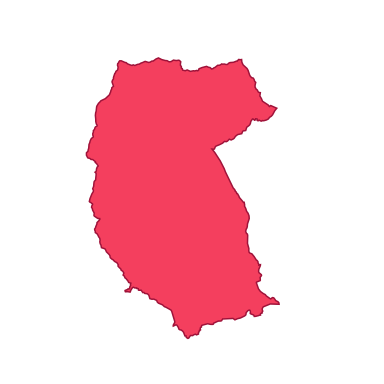 Sarulesti, Buzau, Romania (Mercator projection), rotated 197°
{"feature_id": "2599482B39885931809271", "entity_name": "Sarulesti", "entity_type": "district", "adm_level": 2, "iso_a3": "ROU", "parent_name": "Romania", "parent_adm1": "Buzau", "projection": "mercator", "projection_center": [26.772, 45.488], "detail": "fine", "context": "isolated", "style": "filled", "palette": "rose", "viewbox_px": 384, "rotation_deg": 197, "n_neighbors": 0, "source": "geoboundaries", "source_scale": "gbopen_adm2", "svg_char_len": 5995}
<svg xmlns="http://www.w3.org/2000/svg" viewBox="0 0 384 384"><g transform="rotate(197 192 192)"><path d="M300.7,273.9L298.0,270.2L299.2,268.2L298.9,267.0L299.2,265.5L299.1,263.4L299.3,262.6L299.3,261.4L299.5,260.6L302.2,255.9L305.8,252.6L306.7,250.5L307.3,249.6L308.1,246.4L308.1,245.5L307.3,241.3L307.3,239.6L306.8,237.0L305.4,233.6L304.6,231.2L303.4,229.1L302.3,228.2L302.1,227.6L302.3,227.0L303.3,226.1L303.5,225.6L303.6,224.6L303.5,223.7L304.3,221.6L303.8,220.6L304.0,219.1L303.8,218.3L303.4,217.2L302.9,216.8L302.5,215.8L303.9,213.7L304.3,211.3L304.2,209.2L304.4,207.4L303.6,203.8L303.6,201.8L303.4,200.6L304.4,198.6L303.7,196.3L301.7,194.2L299.3,194.2L298.1,193.6L296.4,194.0L293.2,192.7L293.2,192.0L291.6,191.3L289.3,189.5L289.3,189.3L290.1,187.8L289.9,187.1L290.1,186.3L289.7,184.3L289.9,183.3L290.5,182.6L289.3,181.9L289.1,181.6L288.7,180.2L287.7,175.3L288.5,173.8L288.6,173.0L288.0,169.9L287.7,168.9L287.9,166.0L286.8,164.9L286.5,163.6L287.2,160.8L287.6,155.9L287.4,152.9L286.8,152.5L285.5,152.3L284.0,151.5L283.8,151.6L283.5,151.3L283.4,150.8L283.8,149.2L283.5,147.8L282.5,147.1L281.8,145.7L279.4,143.3L278.9,140.9L278.4,140.4L274.5,139.2L272.5,139.6L272.5,138.9L272.2,138.8L272.6,137.5L273.9,135.0L273.6,133.5L273.9,130.6L273.8,129.6L274.3,128.1L273.8,127.0L273.1,126.3L272.6,124.9L270.6,124.3L269.1,123.0L268.2,121.9L266.7,120.8L265.8,119.0L265.7,117.8L265.3,116.8L264.6,115.6L263.6,114.7L262.3,112.3L258.7,112.2L257.5,111.2L256.4,109.8L252.8,107.9L251.7,106.9L251.4,105.9L250.8,105.2L248.8,104.3L247.6,104.1L245.8,103.0L243.1,102.4L241.2,100.8L241.2,99.8L240.8,99.2L237.5,97.5L236.9,96.5L235.1,96.0L233.8,94.9L233.5,94.5L233.6,92.4L232.0,91.7L231.0,90.3L229.7,89.9L228.6,89.0L227.9,88.8L226.1,87.0L223.8,86.9L223.9,85.8L223.4,85.0L223.7,83.0L223.6,81.4L223.9,80.9L224.7,80.7L225.1,80.3L225.1,80.0L227.2,78.3L227.2,77.9L226.5,77.1L224.3,77.9L221.9,78.2L221.8,78.7L221.8,80.0L221.0,83.0L220.7,83.4L220.1,83.8L218.4,83.5L217.3,84.1L216.6,83.6L216.2,83.9L215.1,83.8L214.7,82.7L214.2,82.5L211.9,83.2L209.6,81.4L208.6,81.9L207.6,81.2L204.8,81.6L203.1,80.7L201.1,77.7L199.2,77.7L197.2,78.4L194.1,78.0L193.0,76.6L191.6,75.9L187.3,75.5L184.9,74.3L183.2,74.2L177.7,73.0L176.6,72.1L170.6,63.1L170.4,62.2L171.0,59.3L170.9,58.8L170.7,58.3L168.6,60.2L167.9,60.3L167.3,60.1L165.5,58.5L164.4,57.0L163.5,56.7L161.7,56.8L160.1,56.1L159.0,55.3L156.7,52.3L155.6,52.6L155.1,51.5L154.4,51.1L153.1,50.8L152.4,51.4L151.5,54.3L149.3,54.9L148.8,55.8L147.2,57.0L145.9,56.7L144.3,58.0L144.7,59.1L144.5,59.4L144.5,60.9L144.0,61.7L144.3,62.0L143.6,62.7L144.0,63.0L144.3,64.4L144.1,65.1L143.5,65.6L143.8,67.1L143.6,67.4L138.5,70.6L135.8,70.8L133.3,71.5L132.9,72.0L133.0,72.8L129.8,75.7L128.8,76.4L127.3,76.8L126.1,77.5L125.6,79.5L115.8,83.1L113.6,82.3L111.4,84.2L108.8,85.7L105.4,88.9L104.6,90.3L104.9,92.5L103.9,94.8L103.2,95.5L102.3,95.9L101.9,95.7L100.9,94.1L101.0,93.5L100.9,93.0L100.5,92.7L97.4,92.4L96.7,92.1L96.1,91.2L94.8,91.7L92.0,93.4L91.5,93.9L90.5,94.3L90.9,95.3L90.8,95.8L89.5,96.9L89.9,97.5L89.5,98.8L90.2,99.6L90.7,100.7L90.6,102.0L90.2,103.1L84.4,107.8L75.9,110.1L76.5,111.4L77.7,112.2L80.1,112.6L82.5,114.5L83.2,114.7L84.3,114.5L85.2,113.1L85.5,112.8L86.2,112.9L90.5,114.3L91.9,115.3L94.4,115.8L97.5,116.9L100.1,118.8L103.9,124.0L104.0,124.5L103.7,124.9L100.9,127.2L100.9,127.7L101.9,130.3L101.1,132.4L101.5,133.2L104.3,134.4L105.0,135.3L105.5,137.4L105.1,141.5L105.3,142.5L106.7,141.6L106.9,142.4L108.1,143.5L108.6,144.7L109.8,145.6L110.4,145.6L113.7,148.4L116.7,150.4L118.8,150.5L119.8,151.1L120.5,152.4L121.1,154.6L123.9,159.0L126.1,166.9L126.8,168.0L127.9,168.4L129.2,170.1L129.3,172.4L129.0,173.5L129.0,175.0L129.6,177.7L129.5,183.3L130.5,185.9L132.2,188.1L134.1,189.5L135.9,192.1L137.7,193.9L137.8,194.9L139.1,197.4L139.7,197.1L145.2,200.7L145.8,201.6L147.9,203.6L148.8,203.6L149.1,204.3L150.0,205.1L150.9,205.4L151.2,206.1L151.6,206.3L151.9,206.8L153.8,207.9L166.0,221.1L168.0,223.7L174.1,230.0L181.6,236.3L185.4,238.9L183.4,239.4L183.1,239.8L183.0,241.8L182.4,243.0L179.5,245.3L177.7,247.0L177.0,247.7L175.7,249.9L174.0,250.1L172.9,251.1L171.8,253.4L169.8,253.2L168.0,254.8L167.4,255.7L166.7,258.0L165.1,260.3L161.5,262.3L161.3,264.8L160.9,265.3L160.4,265.8L159.7,265.9L158.6,266.5L158.6,269.9L157.0,272.1L156.4,273.2L156.2,274.7L156.4,276.7L155.5,279.5L155.0,279.7L153.1,278.9L152.8,279.0L152.6,280.6L151.2,280.9L150.9,280.7L150.8,279.7L150.6,279.5L149.6,279.4L148.9,280.3L146.6,280.0L146.0,280.3L145.6,280.9L144.6,281.0L143.6,281.5L141.8,282.7L140.3,284.2L139.7,286.0L138.3,287.7L137.5,289.4L136.6,294.0L135.4,296.9L142.0,297.7L143.0,296.4L144.6,297.5L151.1,299.4L153.0,301.7L155.2,303.7L155.7,307.0L157.2,306.8L158.1,307.2L159.3,308.6L161.1,309.3L161.3,309.8L162.3,310.6L162.9,312.5L163.1,315.5L164.4,316.1L165.4,317.6L166.6,318.8L168.5,318.8L170.1,319.8L171.0,320.6L173.9,324.7L175.5,326.2L179.9,328.3L180.6,328.8L182.3,330.8L183.3,333.2L184.8,332.5L185.9,332.5L186.2,332.3L187.0,330.4L187.6,330.3L190.2,328.2L193.5,326.9L194.7,325.8L195.2,324.7L195.5,324.3L196.8,323.9L198.7,323.8L199.9,323.2L201.0,323.2L201.9,322.0L202.9,321.2L204.5,320.7L206.4,317.9L207.5,317.0L208.0,316.1L208.9,315.6L209.2,315.4L211.1,316.3L212.7,316.1L214.8,316.4L218.7,314.0L221.1,312.1L221.4,311.7L221.3,310.8L221.7,309.8L222.3,309.5L222.9,309.7L224.9,308.5L226.0,308.4L228.8,306.9L232.3,307.3L233.9,306.0L236.5,305.8L237.0,306.4L237.3,307.1L238.4,307.4L238.9,308.9L240.2,309.9L240.7,312.0L240.8,313.2L242.2,314.0L243.1,314.2L245.5,313.1L248.3,312.7L250.1,310.6L251.9,309.8L254.2,310.3L256.0,309.9L259.7,309.8L263.3,310.4L265.4,308.6L267.3,306.0L268.9,305.3L269.9,304.0L271.4,303.2L274.9,303.2L275.4,302.9L276.8,301.6L278.8,300.1L279.8,298.8L280.8,298.5L282.1,297.6L283.6,296.3L285.5,296.4L286.0,295.7L287.2,295.4L291.1,295.7L292.9,296.5L293.9,296.3L298.0,296.8L299.5,296.3L299.9,295.5L300.1,293.9L300.6,293.0L300.3,291.4L299.2,289.9L298.8,287.3L299.0,286.6L300.0,285.2L300.1,283.5L300.5,282.7L300.6,278.7L300.2,277.2L300.7,275.6L300.7,273.9Z" fill="#f43f5e" stroke="#9f1239" stroke-width="1.5"/></g></svg>